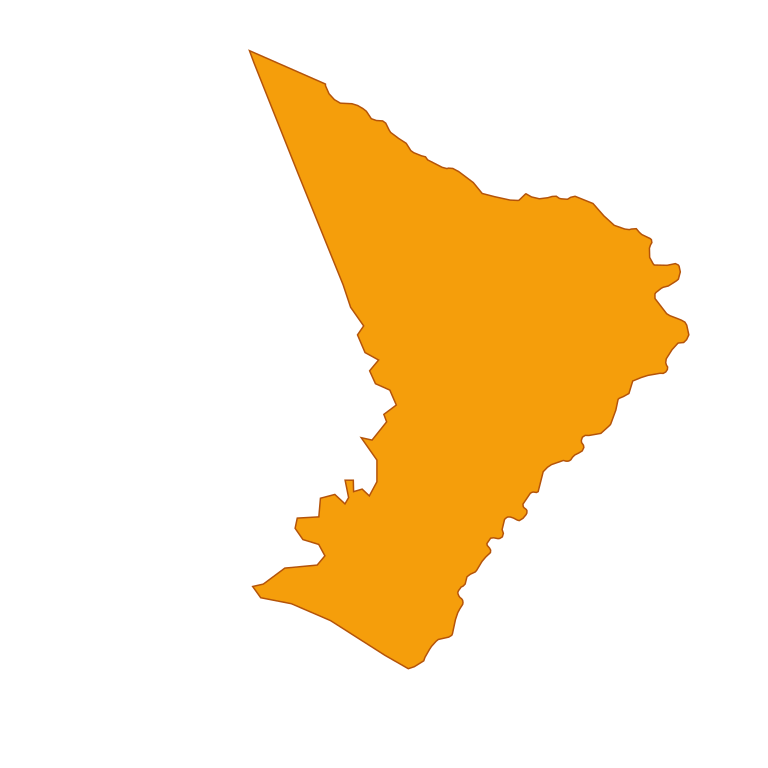 outline of Nassau, Florida, United States of America, rotated 114°
{"feature_id": "52423323B49658569394047", "entity_name": "Nassau", "entity_type": "district", "adm_level": 2, "iso_a3": "USA", "parent_name": "United States of America", "parent_adm1": "Florida", "projection": "albers", "projection_center": [-81.792, 30.55], "detail": "fine", "context": "isolated", "style": "filled", "palette": "amber", "viewbox_px": 768, "rotation_deg": 114, "n_neighbors": 0, "source": "geoboundaries", "source_scale": "gbopen_adm2", "svg_char_len": 3015}
<svg xmlns="http://www.w3.org/2000/svg" viewBox="0 0 768 768"><g transform="rotate(114 384 384)"><path d="M133.8,559.5L134.2,642.5L143.7,633.2L226.0,548.8L310.0,461.7L327.5,445.7L339.2,426.2L349.9,428.2L363.0,414.1L364.3,398.7L377.8,402.5L387.2,391.9L387.2,376.2L398.2,364.2L411.8,371.8L417.5,366.2L440.1,372.1L442.3,383.0L456.4,359.5L476.2,350.7L492.2,351.9L488.9,361.2L494.7,368.0L484.4,372.9L487.7,380.4L502.2,370.1L509.4,370.9L504.9,384.0L514.2,395.6L531.9,389.5L541.8,408.7L552.0,406.5L559.1,394.8L557.1,378.4L565.0,368.1L576.6,371.4L592.5,399.7L615.9,412.9L622.4,421.6L629.4,409.7L622.4,379.3L621.9,336.6L631.5,272.7L634.2,246.0L629.9,241.3L620.7,235.1L617.1,235.4L608.0,234.5L604.4,233.9L597.9,231.8L595.3,230.5L588.9,221.9L586.0,219.9L584.3,219.9L570.1,222.9L562.9,223.6L558.7,223.3L553.2,222.5L551.4,223.0L549.6,224.2L548.6,225.8L548.2,227.6L547.4,229.1L545.7,231.0L544.4,231.8L543.1,231.9L541.6,231.7L540.0,231.3L538.2,231.0L536.4,229.5L533.7,228.5L526.4,229.8L522.7,227.8L518.6,224.2L516.7,223.6L506.2,222.3L500.7,220.7L494.7,218.2L492.4,219.0L491.0,220.8L489.5,224.0L488.0,225.1L481.5,223.9L479.9,221.3L478.9,216.9L478.0,215.4L475.5,213.7L471.9,214.2L468.9,216.9L458.6,218.8L456.2,217.7L455.1,216.8L454.1,214.4L453.8,211.2L454.1,207.0L453.8,204.9L451.8,203.5L450.2,202.4L445.7,201.1L443.8,201.0L441.6,201.9L440.8,202.9L440.0,205.9L439.3,207.0L437.2,208.2L424.3,205.9L422.6,204.6L421.9,203.5L421.1,200.6L419.6,199.4L399.4,202.9L393.6,200.8L389.5,198.2L381.1,189.3L380.8,188.7L380.5,186.5L379.9,185.0L379.2,183.9L378.2,183.1L377.2,182.5L374.2,182.0L371.2,180.8L367.8,178.0L364.5,175.7L360.7,175.6L358.8,176.9L357.1,179.7L355.2,180.8L351.9,181.1L349.1,179.3L347.7,175.9L340.9,165.8L329.8,160.9L328.3,160.6L313.5,161.6L302.8,163.9L301.4,163.3L298.0,160.1L293.0,156.4L280.1,158.0L273.5,151.7L268.8,146.4L262.0,136.3L260.7,133.2L258.4,131.5L255.5,131.0L253.1,131.8L252.0,133.5L250.0,135.3L246.2,136.4L235.4,134.8L227.2,132.1L226.6,131.4L224.2,127.1L220.4,125.6L215.1,125.5L207.1,131.4L205.1,134.3L204.7,138.4L204.9,143.3L205.3,150.7L204.8,154.4L195.7,171.2L191.6,173.1L189.8,172.8L183.9,169.7L182.1,168.3L178.8,164.1L170.8,158.8L168.5,157.7L161.1,158.9L156.4,162.3L155.6,163.5L155.5,166.8L160.4,173.6L165.4,185.5L164.6,187.2L160.3,192.8L151.9,196.8L148.5,197.1L145.9,196.8L143.4,198.4L142.9,199.8L142.6,209.3L141.6,212.4L139.5,216.7L141.8,221.0L143.2,222.7L144.5,227.0L145.4,238.2L141.0,251.5L134.1,266.5L134.8,285.8L137.5,289.4L140.6,291.5L142.7,297.3L143.1,299.3L142.4,303.0L144.3,306.7L147.2,310.1L151.6,317.4L153.1,325.3L152.5,331.5L152.8,332.0L161.2,335.4L161.8,336.2L164.7,343.6L167.9,359.2L170.0,371.8L163.7,384.3L159.6,402.0L159.1,408.8L160.6,413.0L161.6,414.1L162.4,419.0L161.5,435.3L159.6,438.5L160.3,442.6L160.6,450.9L159.9,454.4L155.1,461.6L153.7,470.5L151.5,480.2L150.0,482.5L145.0,488.5L144.2,492.2L146.4,498.2L146.8,503.5L142.0,511.1L141.0,515.1L140.3,521.3L141.0,527.3L145.2,538.1L144.4,545.0L141.2,552.3L135.4,558.7L133.8,559.5Z" fill="#f59e0b" stroke="#b45309" stroke-width="1.5"/></g></svg>